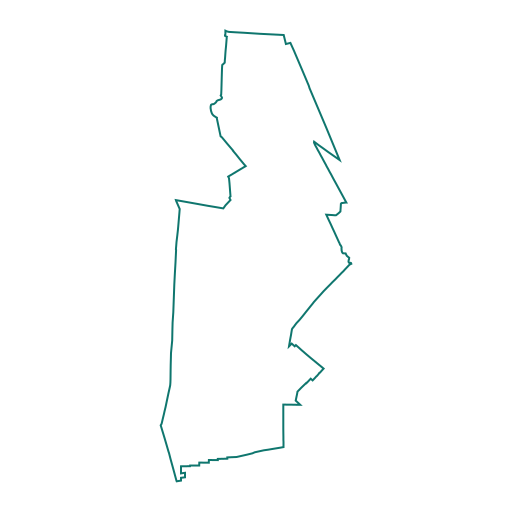 the district of Livezile, Timis, Romania
{"feature_id": "2599482B86518739037606", "entity_name": "Livezile", "entity_type": "district", "adm_level": 2, "iso_a3": "ROU", "parent_name": "Romania", "parent_adm1": "Timis", "projection": "albers", "projection_center": [21.055, 45.391], "detail": "fine", "context": "isolated", "style": "outline", "palette": "teal", "viewbox_px": 512, "rotation_deg": 0, "n_neighbors": 0, "source": "geoboundaries", "source_scale": "gbopen_adm2", "svg_char_len": 4647}
<svg xmlns="http://www.w3.org/2000/svg" viewBox="0 0 512 512"><path d="M339.6,160.0L326.3,127.8L309.5,88.1L309.4,87.7L308.7,85.5L302.5,70.8L294.4,51.8L294.3,51.5L290.4,42.9L285.9,44.0L283.7,35.0L271.8,34.4L259.9,33.8L244.6,32.8L235.6,32.3L229.0,31.9L228.1,31.7L226.9,31.4L225.4,30.7L225.4,34.2L225.2,34.6L225.0,35.0L225.0,35.4L225.0,35.8L226.8,36.7L226.7,36.9L226.7,38.0L226.0,46.6L225.6,50.5L225.4,53.1L225.2,56.1L225.0,58.7L224.9,59.5L224.7,62.7L224.1,63.2L223.6,63.8L223.1,64.2L222.5,64.6L222.4,64.7L222.4,64.8L222.2,65.4L222.0,68.7L221.8,75.1L221.4,89.9L221.2,94.5L220.7,95.5L221.4,96.5L221.9,97.6L222.0,97.8L221.8,98.4L221.3,99.0L220.7,99.4L219.9,99.7L219.1,99.9L218.4,100.1L217.6,100.4L217.0,100.8L216.6,101.1L216.5,101.5L216.3,101.8L215.8,102.5L215.1,103.1L214.2,103.8L213.8,104.0L213.3,104.2L212.9,104.2L212.4,104.2L211.9,104.4L211.5,104.5L211.1,104.8L211.0,105.1L210.7,106.1L210.6,106.9L210.6,107.8L210.6,108.3L210.7,108.9L210.8,109.4L210.9,110.1L211.0,110.8L211.3,111.7L211.7,112.9L212.0,113.6L212.5,114.4L213.1,115.1L213.6,115.6L214.0,115.9L215.5,116.9L216.9,117.7L216.8,118.2L219.4,130.6L220.6,136.3L221.9,137.3L227.2,143.7L233.1,150.6L233.0,150.8L236.2,154.6L239.6,158.9L243.9,164.1L245.7,166.1L228.2,176.6L229.0,178.2L229.5,183.3L230.2,192.5L230.5,196.4L230.1,196.7L229.4,197.9L230.5,200.0L225.5,205.3L223.3,208.4L215.1,207.0L207.8,205.8L196.7,203.8L175.9,200.1L176.1,200.8L179.7,209.0L179.4,212.8L178.8,219.8L178.2,226.8L177.9,230.1L177.3,235.4L176.5,242.0L176.2,245.9L175.9,249.4L176.1,249.8L175.5,262.5L174.9,272.9L174.3,284.5L173.3,312.3L172.6,322.5L172.4,330.1L172.2,340.5L171.0,353.0L170.9,357.4L170.7,364.8L170.6,371.0L170.5,379.6L170.4,382.6L170.2,385.2L169.8,387.2L168.5,393.0L166.7,401.6L165.6,406.9L164.4,411.9L163.9,414.2L162.9,418.3L161.8,423.0L161.4,424.2L160.9,425.0L160.7,425.3L162.3,430.6L164.6,438.2L166.5,444.7L168.5,451.6L169.0,453.0L170.5,458.9L172.1,464.7L173.7,470.5L175.1,475.7L176.4,480.5L176.7,481.3L181.0,480.6L181.0,479.2L181.0,477.8L185.0,477.3L185.0,472.8L183.5,473.0L181.0,473.4L181.0,469.7L181.0,466.3L190.0,466.2L190.1,465.5L199.2,465.5L199.3,462.6L208.8,462.7L208.9,460.0L217.8,460.1L217.8,458.9L227.3,458.7L227.3,457.4L236.6,457.0L246.8,454.7L252.5,453.3L254.7,452.3L263.8,450.3L268.1,449.7L272.2,449.0L280.1,447.7L283.5,447.1L283.5,441.9L283.4,439.9L283.4,436.8L283.3,429.2L283.3,421.4L283.3,410.9L283.3,406.6L283.3,405.6L283.3,404.6L283.5,404.6L284.6,404.6L285.7,404.6L286.7,404.7L292.4,404.7L297.6,404.8L298.7,404.8L299.5,404.8L300.2,404.8L295.7,400.6L296.7,395.8L297.1,393.9L297.5,391.6L301.4,387.6L306.2,383.0L306.4,383.2L307.3,382.3L310.7,378.7L312.6,380.4L313.6,379.4L315.0,377.9L315.4,377.5L315.7,377.1L316.1,376.6L316.4,376.4L316.5,376.3L316.8,376.1L317.3,375.5L318.1,374.6L318.7,373.9L318.9,373.5L319.1,373.2L319.3,373.0L319.5,372.9L319.6,372.7L319.8,372.6L320.0,372.6L321.3,371.1L323.6,368.6L322.9,368.0L311.1,358.3L307.9,355.6L306.7,354.6L304.5,352.7L303.3,351.6L303.0,351.4L301.5,350.1L299.2,348.0L295.9,345.1L294.7,346.3L292.7,344.5L291.7,343.6L291.3,344.0L289.3,346.1L289.0,346.4L289.8,341.6L290.0,340.3L290.3,338.7L291.0,335.0L291.5,331.9L291.8,330.1L292.0,329.1L292.5,328.3L292.9,327.8L294.0,326.5L294.9,325.2L296.5,323.1L298.2,321.3L299.5,319.9L301.0,318.1L302.5,316.3L302.9,315.8L304.4,313.9L304.8,313.4L305.5,312.5L305.9,312.0L307.6,309.9L309.6,307.4L310.4,306.4L312.6,303.7L313.9,302.0L316.4,299.2L323.6,291.2L327.0,287.7L330.3,284.4L332.3,282.3L335.5,279.2L337.4,277.2L339.6,275.0L341.5,273.0L343.4,271.2L345.0,269.4L346.8,267.5L348.6,265.6L349.6,264.6L350.9,264.0L351.3,263.8L351.0,263.0L350.5,262.8L349.7,262.9L349.3,262.9L349.0,262.7L348.8,262.3L348.5,261.8L348.6,260.9L348.7,260.0L348.9,259.6L349.0,259.3L349.2,257.8L347.6,256.5L346.8,255.8L346.3,254.9L345.6,253.4L344.6,253.4L343.0,253.3L342.9,253.2L342.4,252.7L342.2,252.3L342.0,251.9L341.9,251.6L341.8,251.1L341.7,250.7L341.6,250.4L341.6,249.8L341.5,248.7L341.6,247.5L341.5,247.0L341.2,246.3L341.0,245.9L340.6,245.2L340.2,244.9L340.0,244.7L339.5,243.1L339.1,242.5L337.7,239.4L335.6,234.8L334.2,231.7L332.6,228.3L330.7,224.1L328.5,219.5L326.3,214.7L332.9,215.1L335.0,215.3L336.1,215.2L338.6,213.2L340.4,211.5L340.7,207.3L340.9,203.8L341.5,203.1L346.1,202.5L346.3,202.5L342.4,195.3L339.3,189.6L336.7,184.8L336.6,184.6L334.0,179.9L332.4,176.9L331.2,174.6L329.5,171.6L328.5,169.7L328.2,169.1L326.6,166.3L326.1,165.2L324.4,162.1L323.1,159.7L322.1,157.8L320.9,155.7L319.8,153.6L319.1,152.3L317.6,149.7L316.9,148.3L316.6,147.7L316.4,147.4L315.1,145.1L314.8,144.4L314.5,143.7L314.3,143.3L314.1,142.8L314.0,142.2L314.1,141.7L318.6,145.1L323.1,148.3L327.9,151.8L339.6,160.0Z" fill="none" stroke="#0f766e" stroke-width="2"/></svg>